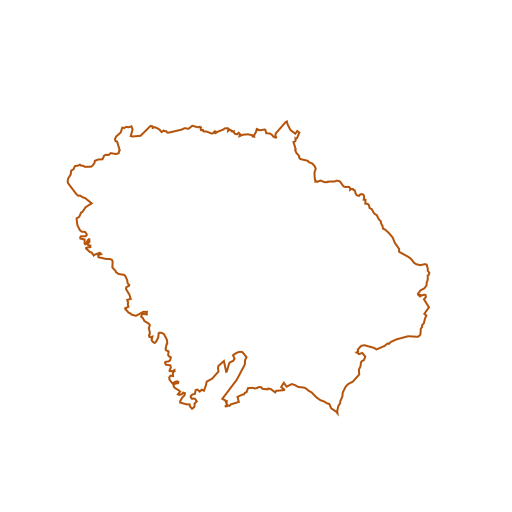 outline of Chietla, Puebla, Mexico, rotated 331°
{"feature_id": "50627088B73270008594857", "entity_name": "Chietla", "entity_type": "district", "adm_level": 2, "iso_a3": "MEX", "parent_name": "Mexico", "parent_adm1": "Puebla", "projection": "mercator", "projection_center": [-98.633, 18.51], "detail": "fine", "context": "isolated", "style": "outline", "palette": "amber", "viewbox_px": 512, "rotation_deg": 331, "n_neighbors": 0, "source": "geoboundaries", "source_scale": "gbopen_adm2", "svg_char_len": 6121}
<svg xmlns="http://www.w3.org/2000/svg" viewBox="0 0 512 512"><g transform="rotate(331 256 256)"><path d="M126.0,358.6L128.6,358.2L129.6,357.4L130.8,355.2L133.7,354.5L133.4,351.3L131.8,350.1L130.8,350.0L130.4,348.0L131.0,346.9L133.1,346.3L135.8,346.9L138.2,344.0L140.0,344.4L141.0,347.3L143.7,346.6L145.1,348.6L148.9,345.4L152.0,342.0L158.2,342.0L167.1,338.9L168.5,335.5L169.9,333.9L177.0,332.3L173.8,342.8L174.5,342.8L180.5,336.9L181.4,336.4L185.4,336.6L187.5,335.3L187.8,331.6L191.7,331.3L194.4,331.6L196.3,332.5L197.5,333.5L198.7,339.9L196.0,341.7L193.6,345.5L179.2,354.9L157.3,364.6L159.5,368.0L159.0,368.3L158.8,369.7L159.6,369.5L157.8,372.7L155.8,372.4L157.7,373.4L159.1,373.1L160.2,374.2L162.1,373.6L170.2,375.3L171.5,370.3L177.0,370.6L178.2,371.2L179.6,370.7L179.9,370.2L181.7,370.5L185.0,367.7L188.9,369.5L190.8,371.3L192.5,371.9L194.8,372.0L196.9,373.2L197.2,375.2L197.8,375.7L201.5,378.3L202.3,377.8L204.3,379.3L206.7,384.6L208.2,383.7L215.5,386.9L216.0,386.5L214.5,382.8L218.9,380.4L219.4,385.1L225.3,385.4L227.5,387.8L229.5,391.1L234.0,394.2L235.3,395.8L236.9,399.8L238.5,402.2L240.2,408.6L242.4,413.3L245.3,416.6L246.5,419.1L248.4,420.9L247.9,425.6L250.7,431.2L251.0,433.1L252.0,430.8L255.3,427.1L258.2,425.6L259.1,424.1L263.6,420.6L265.6,417.5L271.0,413.8L274.5,412.7L279.8,412.8L288.8,409.7L290.9,405.3L294.1,403.0L296.2,399.9L297.9,399.2L299.7,399.5L302.8,397.0L301.9,392.3L298.6,391.8L297.2,389.1L299.0,389.1L299.5,387.3L303.3,385.9L304.7,385.6L307.7,386.7L314.7,393.6L316.1,396.1L324.9,397.0L328.6,396.3L329.7,397.3L332.0,396.5L338.4,397.0L350.1,399.9L358.5,405.2L360.9,404.8L362.1,403.9L364.8,399.6L367.0,398.5L367.5,397.2L370.4,396.0L373.4,392.7L376.1,390.7L375.2,388.2L382.4,384.7L381.9,375.3L384.6,374.3L385.4,372.5L384.4,371.4L381.0,370.7L379.9,370.9L379.3,369.4L380.2,369.2L379.2,368.3L379.2,367.6L383.2,365.8L387.7,365.9L391.1,364.2L392.0,362.5L394.9,359.7L396.7,356.3L398.0,356.2L399.5,354.7L399.0,352.1L400.0,350.6L401.1,346.4L399.8,345.0L395.3,343.7L392.1,340.8L390.9,338.5L390.3,334.2L389.2,331.3L383.2,321.7L384.6,319.3L383.8,312.3L384.5,305.9L383.3,300.1L381.8,295.6L380.3,293.6L381.2,291.2L381.2,287.8L382.0,286.3L381.2,283.4L381.4,278.6L380.3,277.0L379.9,275.2L380.0,271.2L378.6,269.1L379.4,266.3L379.0,264.6L377.0,263.2L379.0,259.9L377.5,259.0L379.3,256.7L379.7,254.5L378.2,252.9L376.5,252.8L375.4,253.4L373.8,252.1L373.4,250.7L374.0,246.7L374.6,247.2L372.9,244.7L373.1,244.3L371.7,243.5L370.5,243.7L371.2,242.5L370.9,240.7L367.4,238.8L366.3,237.6L365.5,231.3L363.1,229.2L361.1,229.0L354.9,225.8L354.5,226.1L353.0,225.4L351.7,224.6L349.0,221.3L345.4,220.8L345.1,219.8L344.0,219.7L345.7,215.0L347.8,211.1L350.5,208.7L350.9,205.8L349.9,202.1L347.8,199.7L347.4,197.8L341.7,192.6L341.5,190.6L342.2,189.5L341.3,185.3L341.6,182.3L342.5,181.9L344.0,174.5L345.8,174.7L346.6,174.2L347.5,172.4L347.7,172.9L349.1,172.7L353.7,169.1L352.6,166.7L349.7,168.1L347.5,163.3L347.2,161.5L347.5,155.8L348.2,153.3L346.7,153.3L332.6,158.4L331.3,160.1L331.1,162.1L330.7,162.1L329.1,160.2L328.7,157.8L327.5,155.6L324.5,153.5L325.3,150.3L325.0,149.6L320.8,148.1L319.0,146.9L319.1,146.3L318.3,145.3L316.1,147.5L312.3,150.0L312.2,150.7L311.0,149.8L311.5,148.8L308.0,145.7L303.1,143.5L299.7,143.2L301.1,141.7L300.5,139.8L298.5,140.4L296.7,138.7L296.6,136.6L297.0,136.2L295.5,135.7L295.3,135.4L295.8,135.1L294.3,132.8L292.2,133.1L293.6,131.2L293.2,130.5L290.3,129.2L288.8,129.6L282.6,128.7L280.7,128.9L281.0,127.6L280.3,126.9L279.4,127.3L279.1,128.1L276.5,127.3L273.1,123.2L270.4,121.5L270.7,120.0L268.9,119.3L269.0,118.2L270.2,116.9L269.5,115.7L267.6,115.3L263.4,111.2L258.7,112.0L255.5,109.6L252.2,109.4L239.5,105.8L238.2,105.0L238.0,103.3L236.6,102.4L236.1,101.5L233.5,101.8L232.9,98.6L231.5,96.3L229.9,94.2L227.7,93.9L228.3,92.3L226.8,91.1L213.3,94.9L205.9,91.6L204.6,90.4L209.4,85.5L209.9,82.2L207.1,81.7L205.1,80.2L202.6,80.1L201.3,78.9L197.5,82.4L191.6,83.7L189.2,85.5L188.9,87.5L190.0,88.7L188.0,97.6L187.2,97.8L185.7,99.5L182.9,98.9L178.8,95.6L176.1,96.2L173.5,94.6L171.7,94.7L168.6,97.0L165.0,95.2L161.2,94.6L159.8,96.4L156.7,97.7L154.9,97.9L149.5,95.0L148.5,93.2L146.9,92.3L146.3,90.8L144.3,90.7L141.2,89.6L138.6,91.6L135.7,91.8L133.4,94.9L129.1,97.3L127.4,99.5L126.9,101.2L128.9,114.9L129.8,117.2L131.3,117.8L133.4,121.4L134.5,122.2L137.8,130.3L130.6,130.7L125.8,133.2L124.0,133.3L120.4,136.0L117.2,136.2L114.7,142.6L114.5,148.0L115.4,150.3L118.1,152.0L118.5,154.8L117.9,155.8L116.6,156.1L112.3,153.9L111.1,154.7L110.9,155.7L114.1,158.4L112.1,162.1L112.3,163.0L113.3,163.1L116.1,160.9L117.8,160.2L118.3,160.6L117.2,162.9L115.1,163.4L114.5,164.3L114.5,165.1L116.2,166.6L115.4,167.9L112.1,166.6L111.3,166.6L111.0,167.1L112.6,171.9L113.9,173.2L114.3,176.9L115.2,176.6L120.9,177.4L121.5,179.2L118.4,178.7L117.6,180.7L123.6,186.0L127.0,188.0L128.1,189.5L128.0,191.2L124.8,196.5L125.9,200.7L125.7,202.2L127.1,205.1L131.4,208.5L132.0,210.1L131.6,214.8L130.5,217.7L131.1,220.0L130.4,220.5L127.5,220.4L126.3,221.9L126.5,228.7L125.6,232.8L122.1,232.0L121.5,235.0L120.7,235.6L119.7,238.6L116.6,238.3L116.6,239.0L116.0,239.0L117.1,243.8L118.4,245.4L118.6,246.8L122.0,250.1L130.6,250.2L132.7,251.6L132.5,252.4L133.2,252.3L132.1,254.1L128.7,251.6L126.8,252.6L126.1,253.6L126.9,255.2L126.9,258.8L129.5,263.3L129.6,265.1L127.3,267.2L126.1,271.3L124.8,273.3L124.2,273.2L123.9,273.7L123.5,274.9L124.3,276.0L126.3,276.3L124.0,278.8L124.0,280.7L125.1,282.9L126.8,282.6L131.0,279.9L133.4,276.4L134.3,276.2L136.1,277.4L137.6,279.5L137.5,285.7L136.8,287.9L135.7,289.8L135.0,289.8L131.7,293.7L131.7,295.0L133.3,297.0L131.1,300.1L131.3,301.5L132.4,303.4L130.3,305.6L128.4,305.8L125.5,304.7L124.6,305.3L124.5,307.4L128.1,310.1L127.3,312.5L125.2,313.8L124.7,314.8L127.3,316.3L129.4,316.2L128.9,317.3L127.9,317.0L126.5,318.2L125.2,320.8L123.2,319.2L121.2,320.2L120.4,322.2L121.2,327.2L124.0,326.8L126.5,327.5L127.0,328.7L126.1,329.4L123.4,328.4L121.7,328.6L120.7,330.2L121.2,332.3L123.4,336.2L123.9,337.9L120.6,339.1L121.2,340.0L122.3,340.6L124.3,340.9L126.0,340.2L127.3,341.5L125.9,343.2L122.8,344.1L119.3,346.2L118.6,347.4L123.8,352.5L126.0,353.5L125.4,355.5L126.0,358.6Z" fill="none" stroke="#b45309" stroke-width="2"/></g></svg>